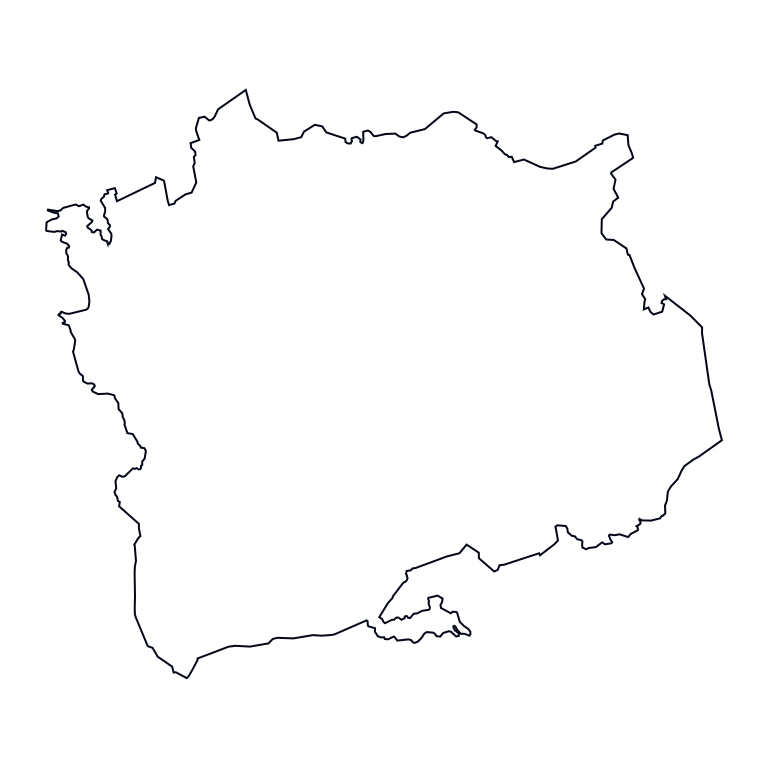 Kastuļinas pag., Aglonas, Latvia (Albers equal-area conic projection)
{"feature_id": "27541924B97590463974978", "entity_name": "Kastuļinas pag.", "entity_type": "district", "adm_level": 2, "iso_a3": "LVA", "parent_name": "Latvia", "parent_adm1": "Aglonas", "projection": "albers", "projection_center": [27.187, 56.158], "detail": "fine", "context": "isolated", "style": "outline", "palette": "ink", "viewbox_px": 768, "rotation_deg": 0, "n_neighbors": 0, "source": "geoboundaries", "source_scale": "gbopen_adm2", "svg_char_len": 6031}
<svg xmlns="http://www.w3.org/2000/svg" viewBox="0 0 768 768"><path d="M633.1,157.9L632.2,154.2L628.4,145.0L627.7,135.2L619.3,133.5L614.5,134.6L602.8,140.5L602.3,143.6L595.2,145.8L595.5,147.7L575.7,161.5L552.8,168.8L547.5,168.5L540.2,166.9L523.9,159.5L514.1,162.1L511.7,156.7L508.9,157.1L506.8,154.8L504.8,154.2L501.6,150.6L495.6,145.9L497.7,141.4L496.1,141.1L491.4,137.2L487.1,138.2L486.0,137.4L485.2,134.9L483.1,133.3L475.2,130.5L474.8,129.8L476.7,127.2L476.6,124.4L458.2,112.3L453.2,111.8L443.7,113.4L424.9,129.1L410.3,132.7L406.6,135.7L403.3,137.3L399.6,136.6L395.2,133.6L385.6,134.0L375.7,136.2L373.7,136.0L370.4,131.9L367.8,130.5L363.2,131.8L363.4,140.4L362.8,142.7L362.1,143.2L360.3,141.9L360.5,139.5L357.0,136.8L351.8,138.1L351.5,138.8L351.9,141.3L350.5,143.6L347.4,143.3L345.5,141.9L345.2,138.6L326.3,132.4L322.2,126.4L314.8,124.8L304.0,131.6L301.2,137.2L293.5,139.2L278.5,140.7L276.8,132.7L257.8,119.5L255.5,118.5L249.7,104.6L245.8,89.9L218.1,109.3L214.7,116.5L213.3,118.5L211.1,120.1L209.1,120.4L204.7,116.7L198.9,117.9L195.9,128.1L196.2,131.1L199.3,140.0L190.6,143.1L191.2,147.8L195.0,151.3L195.6,155.0L193.9,156.8L194.7,163.1L193.2,166.3L196.3,182.5L191.6,192.6L185.6,194.3L175.7,200.8L174.4,203.6L169.1,205.1L167.8,201.1L164.0,180.7L156.0,177.2L155.0,182.9L117.0,201.2L115.1,194.6L116.7,193.4L114.8,188.1L107.1,190.2L108.2,192.9L108.0,193.5L104.5,194.3L103.9,196.7L101.4,198.8L100.7,200.7L105.1,207.9L105.2,211.6L104.0,215.2L104.1,216.6L106.9,218.7L107.7,220.7L108.0,223.2L109.9,225.2L109.8,226.9L108.0,229.1L111.3,233.6L111.5,236.3L110.9,240.8L109.5,243.8L108.2,242.9L107.9,244.2L107.3,242.6L107.3,241.4L103.1,239.8L102.0,238.7L101.8,237.0L100.6,234.7L100.6,230.6L96.9,229.7L94.1,232.4L92.5,232.3L91.7,231.9L91.8,230.9L90.5,229.4L87.9,227.8L87.1,226.2L92.0,221.9L92.4,220.5L88.5,218.2L87.6,216.5L86.9,211.2L89.0,208.4L89.0,207.4L85.5,206.4L83.5,204.6L78.9,206.2L75.8,204.5L71.5,205.6L63.2,207.9L60.5,210.3L57.8,211.2L48.1,209.6L47.8,210.4L53.9,212.7L57.9,213.4L58.7,216.5L56.5,218.4L51.7,219.5L46.6,222.3L46.1,230.3L46.7,231.0L54.4,231.9L57.1,231.1L61.3,231.6L62.2,230.8L65.7,232.2L66.1,233.9L65.0,235.7L62.1,234.5L60.7,240.4L62.2,241.9L67.2,243.7L69.2,246.2L68.8,247.7L67.3,247.7L66.2,250.0L66.3,253.2L68.0,256.2L67.9,260.5L68.9,262.2L68.5,263.7L68.7,264.9L71.4,268.3L77.2,272.3L83.3,279.1L88.7,294.8L89.4,301.4L88.7,306.6L88.0,308.3L86.2,309.7L69.4,313.8L66.0,313.6L61.3,311.7L60.5,312.4L60.7,313.6L58.8,314.2L58.4,315.1L62.6,318.0L65.0,321.0L64.7,322.2L62.7,322.9L62.8,323.7L68.8,325.3L70.7,330.7L70.5,331.6L74.8,339.0L75.2,340.4L74.9,343.0L73.6,350.5L73.0,351.6L78.6,371.7L79.8,373.6L82.9,376.1L83.0,380.3L83.5,381.5L87.5,383.6L92.1,383.3L94.2,384.5L94.8,386.2L91.9,389.5L91.9,390.3L93.2,391.8L98.2,394.1L107.8,393.6L113.9,395.1L114.6,396.1L114.8,398.0L118.3,403.1L118.6,409.1L122.3,413.3L122.8,417.2L124.2,419.8L124.8,422.3L124.5,424.6L127.4,433.1L132.8,434.1L137.5,441.9L137.8,443.6L140.3,446.0L140.8,447.6L144.3,448.1L145.9,451.0L144.6,458.7L142.2,461.5L142.2,465.1L141.0,465.8L141.0,467.9L140.4,469.0L138.8,469.5L136.6,468.1L135.0,468.9L133.0,468.3L124.8,476.3L122.2,476.8L119.2,475.3L117.1,477.4L115.5,481.3L116.2,488.4L114.5,492.0L115.7,495.4L116.9,496.4L118.0,500.9L119.8,502.1L119.1,506.3L138.9,523.9L138.9,528.5L140.4,536.0L138.1,538.4L134.3,544.7L134.7,545.4L136.0,560.9L134.9,566.2L134.6,573.6L135.0,596.2L134.7,608.8L134.9,614.3L135.8,617.4L147.7,646.1L152.6,647.9L157.7,656.7L172.1,666.6L173.7,672.6L175.7,672.2L186.7,678.1L188.5,676.5L191.7,671.0L197.6,660.0L197.5,658.5L228.5,646.7L235.3,645.8L250.0,646.6L268.5,643.4L272.7,639.0L277.3,637.8L293.3,638.4L313.2,635.1L321.3,635.7L331.3,635.0L334.7,634.3L366.5,620.4L367.6,621.2L367.8,625.1L368.4,626.3L375.0,628.2L374.9,631.7L377.9,636.3L380.9,637.4L384.1,637.3L384.8,639.0L388.1,639.3L393.6,636.6L394.4,636.8L397.3,640.6L408.4,639.4L410.9,640.0L413.2,642.5L414.8,642.9L418.2,641.4L421.9,637.4L424.3,633.6L426.7,632.1L432.8,632.6L434.8,633.6L436.5,636.2L440.2,636.6L443.3,632.9L449.0,631.2L451.0,631.8L456.2,636.5L458.9,635.8L458.5,633.1L455.1,630.5L453.5,627.8L453.4,626.3L454.1,625.8L455.3,626.4L457.2,629.8L460.8,633.8L464.7,633.8L469.4,635.7L470.3,634.6L470.4,631.8L468.4,629.1L464.1,626.1L459.8,621.9L457.1,612.7L456.4,612.0L452.7,611.7L450.8,613.3L441.0,608.0L440.5,605.0L442.1,601.9L442.6,598.5L437.5,595.6L428.3,597.9L428.2,599.3L429.0,601.0L428.6,603.7L429.9,607.3L429.7,608.9L428.9,609.8L422.2,610.8L417.1,613.4L413.8,613.7L410.1,618.0L408.3,617.9L406.9,616.1L405.8,616.1L404.9,616.4L404.6,618.2L401.5,619.8L398.3,617.5L396.4,617.6L394.0,619.7L391.8,619.9L385.0,623.2L383.7,622.2L382.0,619.0L379.3,617.1L387.9,603.1L392.8,597.6L392.7,596.6L403.2,582.8L405.7,581.6L407.0,579.7L407.6,578.0L406.7,576.1L406.9,575.3L406.0,574.0L406.6,571.0L410.8,570.3L412.4,568.5L415.6,568.0L446.7,556.5L459.5,553.2L466.6,544.6L478.8,552.7L478.9,558.2L494.2,571.5L497.7,569.9L499.6,565.2L504.1,564.7L539.0,553.3L540.0,555.3L554.2,544.4L558.0,540.5L555.5,526.6L557.4,525.3L565.8,526.0L567.4,528.8L567.8,532.3L571.9,535.8L574.8,536.3L577.2,539.2L581.8,540.3L582.4,541.5L582.1,544.3L582.4,547.5L586.2,549.3L588.6,548.0L595.9,547.1L602.2,542.3L604.9,544.3L611.4,543.3L612.2,542.3L610.5,539.6L608.9,535.7L609.6,534.6L614.8,535.2L619.7,534.3L628.2,537.1L630.8,533.9L637.9,530.2L637.6,527.2L636.5,526.2L640.1,524.1L640.6,523.1L640.3,521.3L639.1,519.7L639.5,518.9L642.0,520.4L651.0,520.6L660.0,518.4L661.7,515.9L662.8,515.9L665.3,513.3L665.0,505.6L666.9,500.7L667.8,492.3L668.5,490.4L671.0,486.4L677.7,479.1L681.7,470.4L684.5,466.0L693.5,459.5L699.1,456.4L721.9,440.2L718.9,428.9L711.2,390.3L709.3,384.4L702.0,333.0L702.1,327.4L690.3,315.5L664.9,295.7L666.0,299.2L664.0,299.4L662.0,300.9L661.5,303.0L664.1,304.3L662.2,311.7L653.5,314.5L650.4,311.8L648.4,307.5L643.8,309.4L644.5,301.7L645.2,299.1L642.0,294.1L644.0,288.6L634.5,267.9L629.5,255.0L627.9,254.7L626.4,248.4L613.8,240.0L606.2,239.5L601.5,233.2L601.8,219.2L611.7,207.8L613.2,201.5L618.2,197.7L613.6,188.9L615.5,179.6L611.1,173.7L611.3,172.4L633.1,157.9Z" fill="none" stroke="#020617" stroke-width="2"/></svg>